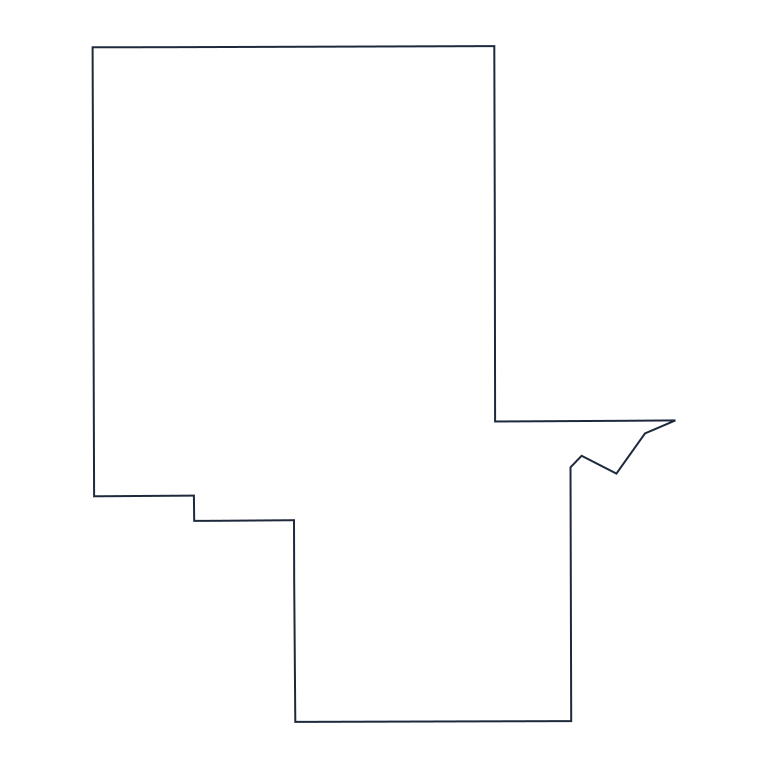 Montgomery, Mississippi, United States of America
{"feature_id": "52423323B94631767050196", "entity_name": "Montgomery", "entity_type": "district", "adm_level": 2, "iso_a3": "USA", "parent_name": "United States of America", "parent_adm1": "Mississippi", "projection": "orthographic", "projection_center": [-89.583, 33.482], "detail": "fine", "context": "isolated", "style": "outline", "palette": "slate", "viewbox_px": 768, "rotation_deg": 0, "n_neighbors": 0, "source": "geoboundaries", "source_scale": "gbopen_adm2", "svg_char_len": 360}
<svg xmlns="http://www.w3.org/2000/svg" viewBox="0 0 768 768"><path d="M92.6,47.3L94.1,496.3L193.9,495.6L194.2,520.9L217.9,520.8L294.0,520.2L294.2,582.5L295.3,721.9L571.2,721.1L570.5,467.3L581.6,455.8L616.4,473.6L645.0,433.4L675.4,420.4L622.8,420.8L495.1,421.5L494.8,220.7L494.3,46.1L167.9,47.2L92.6,47.3Z" fill="none" stroke="#1e293b" stroke-width="2"/></svg>